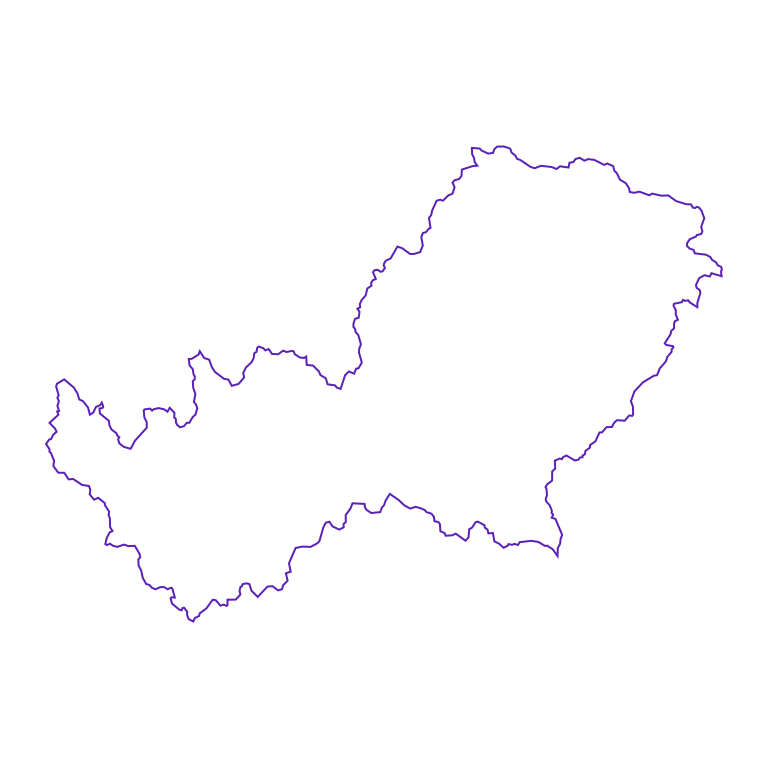 Quispicanchi, Cusco, Peru
{"feature_id": "86281439B28575146552042", "entity_name": "Quispicanchi", "entity_type": "district", "adm_level": 2, "iso_a3": "PER", "parent_name": "Peru", "parent_adm1": "Cusco", "projection": "natural_earth1", "projection_center": [-71.156, -13.517], "detail": "fine", "context": "isolated", "style": "outline", "palette": "violet", "viewbox_px": 768, "rotation_deg": 0, "n_neighbors": 0, "source": "geoboundaries", "source_scale": "gbopen_adm2", "svg_char_len": 6085}
<svg xmlns="http://www.w3.org/2000/svg" viewBox="0 0 768 768"><path d="M193.3,621.5L194.8,618.1L199.1,615.9L199.7,613.4L206.3,608.5L212.7,599.7L215.9,600.3L220.4,605.7L223.4,604.6L226.7,605.9L227.5,605.0L227.5,599.7L235.8,599.6L240.4,594.5L239.5,590.9L240.5,586.9L241.9,586.3L242.6,584.2L246.5,583.3L249.4,584.1L251.4,590.6L257.7,596.9L267.5,586.6L272.5,586.2L278.1,590.4L282.0,589.2L283.1,585.3L287.6,580.7L285.9,573.3L290.7,571.7L289.0,563.3L295.6,548.0L302.2,546.6L310.5,546.9L317.5,543.2L319.4,541.1L323.3,527.6L325.7,522.7L329.5,521.8L332.5,526.4L339.3,529.6L343.7,527.3L343.5,524.1L345.8,522.0L345.7,515.1L350.7,508.1L352.5,503.3L364.6,503.9L365.0,507.4L366.7,510.0L371.3,513.0L380.2,512.1L381.9,507.6L384.1,505.1L385.5,500.8L389.8,493.9L398.4,499.8L404.4,505.4L410.3,508.6L415.5,506.8L420.8,508.3L424.7,510.0L426.4,512.1L431.5,513.7L434.0,517.0L434.4,521.2L438.3,522.0L439.9,524.1L440.4,531.2L444.7,533.2L445.7,535.7L452.4,535.3L455.7,533.6L465.5,540.7L468.5,537.5L469.2,529.2L472.0,527.7L475.6,522.2L477.8,521.6L484.5,525.3L484.9,527.7L487.5,529.6L488.4,533.4L492.9,533.0L494.4,541.3L499.2,543.8L503.7,547.8L508.0,545.5L508.5,544.1L512.1,544.8L514.5,543.9L518.0,545.0L519.7,542.2L531.1,540.8L538.2,541.9L545.2,546.0L547.1,545.6L552.7,549.2L557.5,556.0L557.8,548.1L560.1,543.7L560.6,538.9L562.2,534.9L555.4,518.9L551.7,517.7L553.2,514.7L551.6,512.9L551.9,510.8L549.7,505.3L546.0,501.1L545.7,499.1L547.0,495.3L546.5,489.0L545.5,487.0L547.5,484.0L552.1,480.6L552.2,471.5L555.2,468.5L554.9,460.6L559.8,458.5L561.9,459.2L563.1,457.1L566.4,455.5L574.9,460.5L578.4,459.7L579.9,457.6L582.5,457.2L582.6,455.5L585.0,454.2L585.4,451.0L589.9,447.6L590.1,445.0L595.4,441.4L599.5,432.5L602.0,432.4L606.5,427.2L611.9,427.0L613.9,423.1L616.8,420.2L624.7,420.7L629.2,415.5L632.2,415.9L633.1,414.3L632.9,406.5L630.9,401.3L634.4,391.4L643.0,382.3L653.9,375.7L657.0,375.2L659.8,368.4L665.9,361.4L667.2,357.1L671.5,352.0L671.7,349.4L673.3,347.5L673.1,346.2L666.1,344.9L664.7,343.3L670.4,334.6L671.3,330.8L674.0,328.5L674.1,323.3L675.1,321.0L677.9,319.8L675.7,314.3L675.9,310.6L673.5,305.6L674.0,303.8L681.7,302.2L683.0,299.9L685.2,300.9L688.2,300.3L689.7,302.4L697.3,307.2L697.4,302.7L700.4,293.1L699.8,290.1L696.6,287.8L696.0,285.0L699.1,278.2L704.4,275.2L709.8,276.5L711.5,273.2L721.6,276.2L721.0,271.7L721.9,269.3L721.2,266.9L717.6,265.2L716.0,262.2L712.0,259.8L710.3,257.0L706.0,254.7L694.7,253.3L693.6,249.9L689.8,248.7L686.9,245.9L687.2,243.0L689.8,239.2L695.9,236.6L696.9,235.0L701.0,234.1L702.4,231.6L701.2,226.8L704.3,218.2L701.5,210.7L699.2,207.7L697.0,206.8L695.0,208.0L692.9,207.6L691.0,204.4L686.2,204.2L676.2,201.1L668.2,195.4L661.4,195.7L652.1,193.6L649.4,195.3L639.5,191.7L634.1,192.8L629.8,192.0L629.0,188.2L625.9,183.3L619.9,179.6L616.9,173.2L614.4,170.8L613.2,166.1L607.2,163.5L604.1,164.9L594.4,159.9L588.1,159.1L584.4,160.7L579.7,157.8L575.5,159.0L573.3,162.1L569.5,162.7L568.5,167.5L560.0,166.3L556.6,169.0L551.5,167.0L541.0,165.8L534.8,168.2L530.7,167.0L520.4,160.0L517.0,158.8L515.4,155.6L511.5,152.5L510.5,149.2L508.9,148.0L503.4,146.5L497.3,146.6L494.5,148.9L493.0,152.9L488.2,153.6L481.5,150.5L479.6,148.5L471.9,147.9L472.1,154.1L474.0,157.9L474.7,162.1L477.3,165.7L472.7,166.1L461.9,169.6L461.5,175.8L459.1,179.1L454.8,180.1L452.5,182.7L454.6,187.2L452.5,193.7L448.6,195.2L442.9,200.7L440.1,199.7L436.7,200.7L432.1,210.6L431.2,215.1L429.0,217.9L430.5,228.1L428.8,228.7L425.9,232.2L422.9,233.0L421.3,237.1L422.8,245.6L420.1,252.1L413.8,254.0L410.0,253.9L402.2,248.2L397.4,246.6L390.6,258.5L385.9,260.6L384.2,263.3L383.7,265.4L385.0,267.8L382.7,271.2L380.6,271.8L377.6,269.8L374.4,270.3L373.0,272.2L375.8,279.0L372.7,280.3L371.2,282.9L371.4,285.8L367.3,288.5L365.7,295.4L361.7,300.0L359.8,304.1L360.2,307.2L357.4,308.8L359.5,311.7L358.7,317.7L355.0,318.9L353.4,324.0L353.5,327.2L355.0,328.6L355.7,332.3L358.3,335.0L360.9,344.2L359.1,349.3L359.1,353.0L361.8,362.6L358.5,368.3L356.1,368.6L354.1,373.7L348.8,371.5L345.1,375.2L340.6,388.9L336.8,387.6L335.1,385.4L327.6,384.3L325.8,378.3L320.5,375.1L318.9,371.4L313.1,365.6L306.7,364.9L306.2,356.6L303.9,358.0L299.6,357.4L294.7,354.1L293.7,351.4L291.8,350.9L286.7,352.0L283.1,350.7L278.2,354.2L272.1,354.0L268.6,349.0L265.3,350.4L263.4,348.3L258.7,346.5L257.3,347.7L256.4,352.0L254.3,353.2L253.7,358.1L251.6,362.2L245.9,367.5L243.2,373.1L244.1,377.5L238.6,383.9L231.8,385.8L228.4,379.6L224.0,378.8L214.9,371.9L211.8,367.0L209.2,359.7L204.2,358.0L199.8,351.2L198.5,354.6L191.7,358.8L188.8,359.0L189.6,365.5L192.8,369.2L193.6,374.5L194.8,376.3L194.7,379.3L192.8,381.2L193.2,387.7L195.4,394.1L193.9,401.9L196.1,404.7L197.3,408.3L195.4,414.8L192.9,416.8L189.3,422.8L186.8,422.8L183.9,426.2L180.1,427.3L177.1,424.8L175.9,422.3L175.9,419.1L174.2,417.4L174.4,412.7L169.7,407.8L167.5,411.7L164.0,409.3L158.7,408.1L153.7,409.2L152.1,410.6L150.1,408.6L144.6,409.4L143.7,410.6L144.4,417.6L146.7,422.0L146.8,427.6L135.0,440.7L130.6,448.8L123.9,446.9L119.3,443.3L118.1,439.4L119.3,437.2L117.4,435.8L116.5,433.3L111.4,429.4L109.5,425.4L108.9,420.8L99.9,413.5L99.5,408.5L102.5,408.0L103.3,406.7L101.8,402.6L100.1,405.2L96.0,406.9L93.2,412.6L89.9,414.7L88.0,407.5L82.8,401.0L79.3,399.5L77.5,393.6L74.0,387.7L64.2,379.4L57.0,383.7L56.1,386.4L58.7,395.3L57.4,397.8L58.9,401.4L57.4,405.8L59.1,410.9L57.2,411.4L58.4,414.7L49.5,422.9L55.1,428.6L56.6,431.8L53.2,434.7L51.1,439.1L49.3,439.4L46.1,444.0L49.5,449.3L49.5,451.8L50.9,452.9L54.1,460.8L53.4,466.1L58.3,472.7L64.3,472.8L68.6,479.4L73.0,478.9L82.2,485.0L88.9,485.9L90.3,489.7L89.7,494.4L94.1,499.7L98.2,497.8L104.8,503.1L104.9,505.1L109.1,511.6L108.6,515.1L109.9,518.4L110.1,527.2L112.5,531.0L109.6,532.4L106.8,537.9L105.3,544.1L107.0,545.1L110.0,543.7L112.8,545.7L117.3,546.9L123.9,544.6L128.5,546.1L134.8,545.8L139.6,554.0L140.2,557.3L138.3,559.5L138.6,565.5L141.2,570.5L142.7,577.7L146.1,583.9L149.6,585.1L151.7,587.6L155.4,589.3L160.4,587.1L164.2,587.1L167.4,589.2L171.4,587.7L172.6,589.2L174.8,597.5L171.7,597.3L170.6,598.3L172.0,603.6L179.4,609.7L181.7,610.3L182.4,608.2L184.1,607.7L187.1,611.7L187.1,615.1L188.8,619.2L193.3,621.5Z" fill="none" stroke="#5b21b6" stroke-width="2"/></svg>